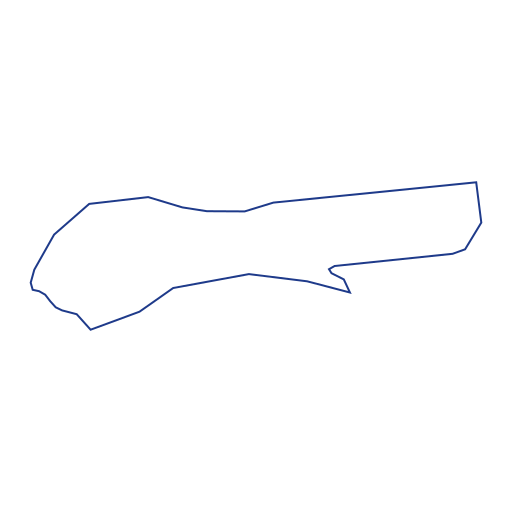 SVG path tracing the border of Lukovica
{"feature_id": "SVN-966", "entity_name": "Lukovica", "entity_type": "Municipality", "adm_level": 1, "iso_a3": "SVN", "parent_name": "Slovenia", "parent_adm1": "", "projection": "natural_earth1", "projection_center": [14.748, 46.176], "detail": "fine", "context": "isolated", "style": "outline", "palette": "blue", "viewbox_px": 512, "rotation_deg": 0, "n_neighbors": 0, "source": "natural_earth", "source_scale": "10m", "svg_char_len": 487}
<svg xmlns="http://www.w3.org/2000/svg" viewBox="0 0 512 512"><path d="M244.7,211.4L273.4,202.6L476.2,182.3L481.3,222.6L465.1,249.3L452.6,253.8L334.6,266.0L329.0,269.2L331.5,273.2L343.8,279.4L349.9,292.5L307.1,281.3L248.9,274.1L173.2,288.0L139.5,311.7L90.6,329.7L76.7,314.2L62.1,310.4L55.7,307.3L50.2,301.2L45.2,294.7L39.1,291.2L32.7,289.8L30.7,282.7L34.3,269.7L54.1,234.6L89.2,203.9L148.2,197.1L182.4,207.4L206.9,211.2L244.7,211.4Z" fill="none" stroke="#1e3a8a" stroke-width="2"/></svg>